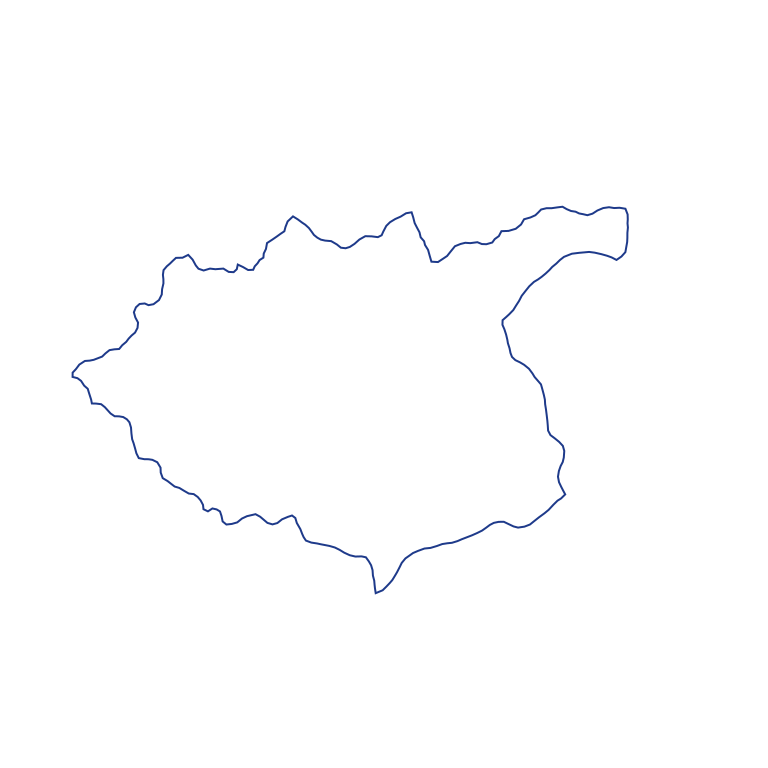 the district of Estrela do Sul, Minas Gerais, Brazil, rotated 249°
{"feature_id": "56859067B22487341809350", "entity_name": "Estrela do Sul", "entity_type": "district", "adm_level": 2, "iso_a3": "BRA", "parent_name": "Brazil", "parent_adm1": "Minas Gerais", "projection": "robinson", "projection_center": [-47.718, -18.736], "detail": "fine", "context": "isolated", "style": "outline", "palette": "blue", "viewbox_px": 768, "rotation_deg": 249, "n_neighbors": 0, "source": "geoboundaries", "source_scale": "gbopen_adm2", "svg_char_len": 4399}
<svg xmlns="http://www.w3.org/2000/svg" viewBox="0 0 768 768"><g transform="rotate(249 384 384)"><path d="M216.0,513.6L220.8,513.0L224.4,512.6L229.6,512.2L235.1,513.2L240.1,516.1L244.1,519.5L247.1,522.9L250.9,525.5L256.9,528.3L262.1,528.8L267.1,526.8L272.0,524.0L276.6,521.1L281.7,520.5L286.5,522.0L291.0,523.3L296.5,524.7L302.2,526.1L307.4,527.2L311.8,528.6L316.4,529.3L320.0,529.7L323.9,530.1L327.4,530.4L331.9,528.8L336.6,527.1L340.6,526.4L346.3,524.8L351.7,521.7L355.5,518.7L359.2,515.2L363.4,513.2L367.6,513.2L372.4,514.0L377.7,514.3L381.1,515.0L386.3,515.7L392.0,516.0L396.8,515.8L401.1,517.6L402.7,522.0L404.2,525.8L406.7,531.2L409.9,535.4L413.1,539.8L417.0,544.2L420.4,549.9L423.2,554.7L425.6,560.6L426.4,565.2L427.5,569.4L429.2,574.5L431.1,579.2L433.0,583.0L434.7,588.1L436.7,592.7L438.2,597.6L438.3,606.1L436.5,613.3L434.9,618.9L433.8,622.8L431.1,627.8L427.3,633.5L423.8,638.2L420.6,641.9L416.5,645.5L417.9,651.3L420.6,656.6L424.6,659.0L429.4,661.9L433.3,663.6L437.9,665.4L442.7,667.8L446.7,668.9L450.4,670.6L455.0,672.2L461.1,672.2L464.1,667.1L465.8,661.9L468.4,657.4L469.7,651.7L469.5,645.4L468.3,639.7L468.7,634.4L471.2,630.7L473.3,627.3L476.2,624.6L478.5,620.6L481.8,617.2L485.5,614.2L486.7,609.4L488.1,603.3L489.9,598.6L490.6,593.2L488.9,589.6L487.3,585.8L487.0,580.4L487.6,573.8L483.8,569.1L481.7,562.6L482.3,555.1L484.6,548.4L480.9,544.2L479.6,539.3L477.3,535.8L477.8,529.7L479.6,525.5L482.9,522.0L484.6,515.0L486.7,510.5L487.3,505.7L487.2,499.6L483.5,493.2L480.9,488.8L479.8,484.0L478.5,478.1L481.2,472.1L487.2,472.6L493.4,473.2L499.1,472.1L502.9,472.6L507.8,470.8L512.9,471.5L518.5,470.8L523.3,470.3L529.2,471.0L534.4,471.3L535.5,465.8L534.3,459.5L534.0,453.6L532.9,447.6L530.8,442.8L526.5,437.9L523.7,435.1L523.3,430.9L526.3,425.3L528.7,419.5L527.7,412.8L525.4,406.7L524.2,401.2L524.5,396.8L526.7,392.6L531.2,390.0L536.3,385.9L539.0,380.4L541.4,376.8L544.5,374.2L548.3,372.0L551.9,371.1L556.5,369.8L560.9,367.6L564.0,365.4L568.6,362.5L573.1,359.1L570.3,352.3L565.9,348.3L562.3,345.7L561.3,341.3L560.0,336.4L558.8,331.4L557.5,325.3L552.4,322.2L548.9,318.5L545.2,316.7L544.3,312.3L542.0,309.2L540.2,305.5L537.5,302.8L539.1,298.0L543.7,294.3L547.9,290.3L543.9,287.7L542.3,283.7L544.3,279.2L549.3,275.4L551.6,267.7L554.1,262.9L554.6,256.3L558.1,252.1L562.1,250.8L568.7,249.9L574.7,247.5L574.1,241.2L576.3,235.0L574.7,231.0L573.1,227.3L571.7,223.4L569.3,219.0L565.1,216.7L560.9,215.6L556.9,214.1L552.0,210.8L547.2,208.6L543.0,204.0L541.1,197.4L542.0,192.4L544.9,189.5L546.3,184.5L544.5,179.9L540.6,176.2L535.2,175.7L529.5,176.4L524.7,174.0L521.2,170.0L519.7,165.7L517.9,161.9L515.7,158.4L514.0,153.5L511.6,149.3L513.0,144.7L514.0,139.9L512.4,134.9L510.6,130.7L510.6,126.1L510.6,121.7L511.3,117.6L512.7,113.0L511.3,106.5L508.3,101.7L506.2,97.4L502.2,95.8L499.3,99.9L495.5,102.3L489.9,103.5L485.7,105.7L481.6,105.4L474.4,105.0L470.5,104.3L468.9,108.2L466.5,112.7L462.4,115.1L459.0,116.4L454.4,118.2L450.4,121.0L448.8,125.0L446.6,128.7L443.2,131.3L439.5,132.6L434.0,132.2L428.4,130.5L422.7,129.1L418.5,129.0L412.7,128.5L408.0,128.0L402.7,128.5L399.7,133.3L398.1,137.3L396.2,140.6L392.2,144.3L386.0,145.4L381.3,143.8L375.4,143.7L370.9,147.2L366.9,149.6L363.3,151.8L360.3,155.7L355.9,159.1L351.7,162.5L349.4,166.9L345.3,169.6L341.0,171.1L336.0,171.7L331.8,170.6L328.2,174.0L329.3,179.2L326.9,182.8L323.8,185.2L319.1,185.0L313.5,184.1L309.3,186.5L307.9,191.8L307.4,197.4L309.3,203.2L309.7,208.7L309.1,213.1L308.5,217.4L304.5,220.8L300.5,223.0L296.1,225.4L292.9,229.6L292.4,234.6L294.2,240.3L294.4,246.6L294.2,251.0L290.7,253.2L285.5,252.8L278.5,253.9L273.4,253.9L269.8,254.1L265.8,255.0L262.0,259.3L259.1,264.4L257.0,267.6L254.9,271.0L252.4,275.0L249.0,279.5L245.1,283.1L240.8,286.4L236.4,290.7L233.2,295.4L231.1,301.3L228.7,305.0L223.8,306.3L219.4,307.0L214.3,306.6L209.1,305.0L203.9,304.4L200.1,303.3L196.7,302.4L191.7,301.3L191.9,308.8L194.0,313.6L196.1,318.0L198.0,321.5L200.9,325.3L203.6,328.7L207.7,333.3L210.6,336.4L213.5,341.5L214.7,346.3L215.8,350.5L216.0,355.9L215.9,362.8L214.3,368.7L213.8,375.4L213.7,381.0L212.6,386.1L211.4,390.5L211.0,396.4L211.2,400.9L211.2,406.1L211.2,411.8L211.5,417.7L212.0,423.0L213.3,428.1L214.5,432.3L215.0,436.8L214.2,441.7L212.4,446.5L208.6,450.1L204.6,453.9L201.9,457.7L200.5,464.0L200.5,469.9L201.8,473.9L204.0,480.9L205.8,487.5L207.5,492.6L210.6,498.9L212.9,504.2L213.7,508.3L216.0,513.6Z" fill="none" stroke="#1e3a8a" stroke-width="2"/></g></svg>